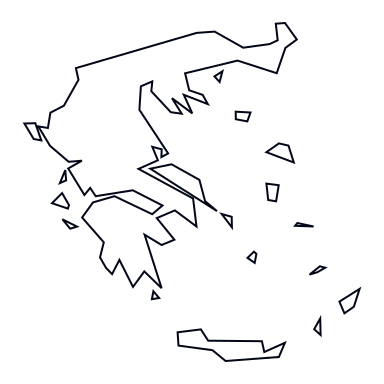 the border of Greece
{"feature_id": "GRC", "entity_name": "Greece", "entity_type": "country or territory", "adm_level": 0, "iso_a3": "GRC", "parent_name": "Europe", "parent_adm1": "", "projection": "mercator", "projection_center": [23.941, 38.339], "detail": "medium", "context": "isolated", "style": "outline", "palette": "ink", "viewbox_px": 384, "rotation_deg": 0, "n_neighbors": 0, "source": "natural_earth", "source_scale": "50m", "svg_char_len": 1885}
<svg xmlns="http://www.w3.org/2000/svg" viewBox="0 0 384 384"><path d="M285.0,23.0L296.8,39.5L285.4,47.9L276.7,73.2L237.5,60.6L185.1,73.3L189.2,90.3L202.7,94.9L207.8,104.1L183.8,94.8L192.3,113.4L172.0,98.2L181.7,113.7L170.8,112.2L151.3,91.2L152.3,81.4L140.9,86.3L139.4,109.8L168.1,153.4L161.4,157.1L161.7,149.3L152.3,146.8L157.9,160.3L138.5,168.9L193.1,198.5L196.5,226.5L174.9,210.4L156.8,218.1L174.4,239.7L161.6,245.0L144.6,234.7L161.6,288.2L144.3,271.4L133.0,286.9L119.4,259.9L112.1,274.1L106.1,268.0L100.0,257.4L103.8,242.3L82.1,217.5L93.0,202.4L114.5,196.2L152.2,214.2L162.5,205.5L132.8,190.3L95.7,196.2L90.2,187.9L84.4,195.0L68.2,168.5L81.9,160.7L68.7,161.8L50.0,145.8L38.3,126.4L47.9,128.0L50.4,112.7L63.9,105.7L78.5,79.8L75.9,68.1L196.6,32.9L214.6,31.6L243.2,47.7L269.5,44.1L277.7,40.3L275.8,23.7L285.0,23.0ZM177.6,332.3L200.9,329.4L208.2,340.7L261.9,341.2L264.3,352.0L284.9,342.8L278.9,357.0L225.6,361.0L212.5,350.2L178.5,345.6L177.6,332.3ZM171.6,164.3L199.4,179.9L205.1,201.2L217.0,211.1L150.3,168.7L171.6,164.3ZM288.5,145.6L293.8,162.5L266.4,152.2L278.9,143.4L288.5,145.6ZM344.4,313.3L339.4,301.6L359.6,288.9L353.9,306.7L344.4,313.3ZM276.1,201.3L268.2,200.0L266.4,183.6L278.7,185.2L276.1,201.3ZM62.1,193.1L69.0,205.1L67.9,208.6L52.0,203.2L62.1,193.1ZM41.3,140.4L33.7,139.0L24.4,123.5L35.3,123.2L41.3,140.4ZM250.5,112.5L247.3,121.4L235.8,119.2L235.7,111.7L250.5,112.5ZM297.4,223.0L313.6,226.5L295.1,225.8L297.4,223.0ZM222.4,71.3L219.6,82.0L214.5,76.4L222.4,71.3ZM62.4,219.3L77.0,226.6L70.2,228.7L62.4,219.3ZM254.7,262.9L247.5,257.9L253.9,251.7L256.4,253.9L254.7,262.9ZM231.7,216.8L231.9,227.3L221.7,214.0L231.7,216.8ZM320.6,335.0L314.2,329.2L320.2,318.5L320.6,335.0ZM66.1,180.4L59.9,183.1L65.3,170.1L66.1,180.4ZM159.1,298.0L151.9,299.2L153.4,291.3L159.1,298.0ZM309.5,274.6L319.9,266.3L325.2,267.7L317.4,272.2L309.5,274.6Z" fill="none" stroke="#020617" stroke-width="2"/></svg>